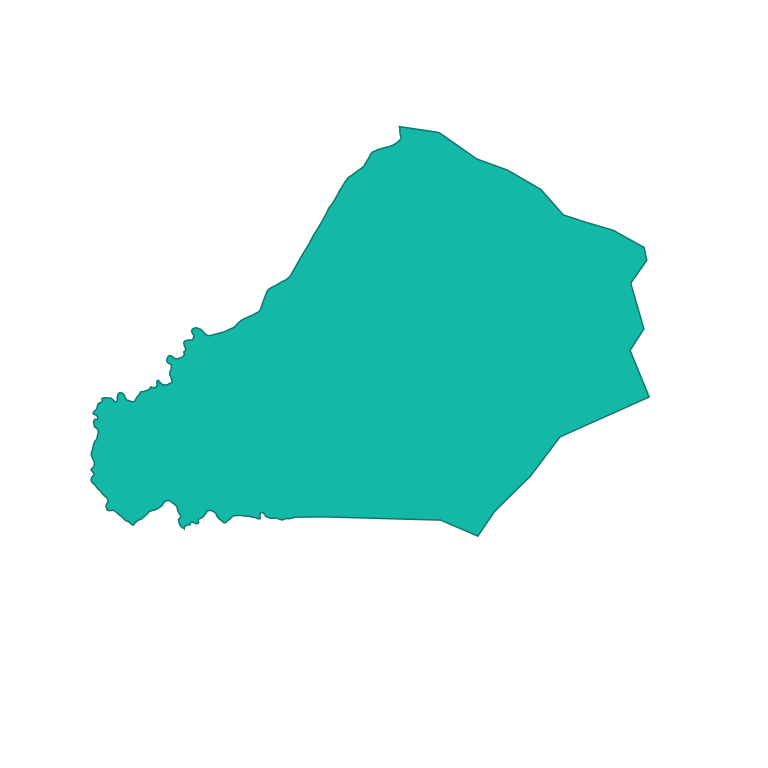 outline of Municipality F, Montevideo, Uruguay, rotated 212°
{"feature_id": "84410073B77217372217582", "entity_name": "Municipality F", "entity_type": "district", "adm_level": 2, "iso_a3": "URY", "parent_name": "Uruguay", "parent_adm1": "Montevideo", "projection": "orthographic", "projection_center": [-56.051, -34.817], "detail": "fine", "context": "isolated", "style": "filled", "palette": "teal", "viewbox_px": 768, "rotation_deg": 212, "n_neighbors": 0, "source": "geoboundaries", "source_scale": "gbopen_adm2", "svg_char_len": 6171}
<svg xmlns="http://www.w3.org/2000/svg" viewBox="0 0 768 768"><g transform="rotate(212 384 384)"><path d="M507.3,610.5L506.0,609.3L504.6,606.8L502.7,604.4L500.3,602.3L499.9,601.7L499.8,601.1L499.8,599.6L501.1,595.1L502.6,592.0L502.9,591.4L506.1,587.3L508.1,585.5L511.7,581.3L512.7,580.5L513.3,579.5L514.0,578.7L514.9,576.8L515.3,576.5L516.1,575.6L516.4,575.1L517.0,573.0L517.1,571.6L516.8,569.2L516.7,563.3L516.5,559.0L516.5,557.9L517.3,555.5L517.9,554.1L518.5,552.4L519.4,550.6L520.8,546.8L521.1,546.5L521.8,544.2L523.8,540.1L523.8,536.1L524.2,535.8L524.3,535.4L524.0,534.7L524.1,533.8L524.1,528.6L524.0,526.4L524.2,525.0L524.0,523.8L524.1,522.9L523.8,521.5L523.5,514.8L523.6,513.6L523.4,510.1L524.0,504.1L523.8,501.5L523.4,500.1L522.7,488.1L522.5,479.6L522.7,474.6L522.6,470.6L522.1,468.1L522.5,466.7L522.0,465.7L521.8,462.5L521.8,452.3L520.7,425.1L522.3,420.7L522.9,419.3L524.7,416.8L528.0,410.2L530.3,406.7L532.1,402.9L532.1,400.1L530.2,389.8L528.3,382.0L528.2,381.1L528.3,379.7L528.7,378.6L531.3,374.1L532.6,372.0L534.0,370.1L534.5,369.0L537.0,365.4L539.1,361.7L539.2,360.8L539.8,359.2L540.9,353.5L541.6,352.0L545.4,346.4L547.4,343.3L550.4,339.9L551.0,339.5L551.2,338.9L552.4,338.1L555.6,334.4L557.7,332.5L559.2,331.8L560.2,331.7L561.9,331.7L566.5,332.9L569.2,333.1L571.1,332.8L572.2,332.5L573.9,331.6L575.1,329.9L575.5,329.1L575.6,328.4L575.5,327.7L574.6,326.2L571.1,324.3L570.0,322.6L570.1,322.3L569.8,321.9L569.9,321.5L569.8,320.9L570.0,320.6L570.1,319.7L570.4,319.2L570.9,318.7L572.2,318.3L573.0,317.7L574.7,316.2L575.7,314.8L575.9,314.0L575.7,312.7L573.9,311.2L573.7,310.6L573.0,310.3L570.8,308.8L570.3,307.8L570.3,305.9L570.3,305.7L570.8,305.4L570.7,304.6L568.9,303.6L568.8,302.6L569.0,301.4L569.7,299.3L571.4,297.4L571.9,296.4L573.3,295.4L574.7,294.9L576.1,294.7L577.6,295.1L578.6,295.0L579.0,295.2L580.7,294.5L581.4,293.6L581.6,292.6L581.5,291.4L580.9,289.0L580.2,288.1L578.9,287.6L574.6,287.5L573.8,286.7L572.0,283.1L572.1,281.7L571.7,280.1L571.0,278.8L570.3,278.1L568.0,276.7L566.5,275.1L565.5,274.4L565.0,273.9L564.8,273.3L565.0,272.4L566.4,270.1L566.6,270.2L566.9,269.4L567.7,268.1L568.3,267.9L568.7,267.3L569.2,267.2L570.3,266.4L572.8,266.2L574.5,266.7L575.2,266.6L576.5,267.3L577.3,267.4L578.0,267.1L578.1,266.6L577.8,265.9L577.8,265.7L577.5,265.4L577.4,264.8L577.1,264.3L576.7,264.4L576.5,264.0L575.8,262.6L575.7,261.4L576.1,259.5L576.6,259.0L577.8,258.8L578.9,258.2L579.1,258.0L579.9,258.1L580.3,257.9L580.3,256.7L580.1,255.2L580.5,254.3L582.4,252.2L583.5,250.4L585.7,248.9L586.1,248.4L586.2,247.6L586.0,245.9L586.6,241.3L586.3,237.6L586.9,236.3L588.1,235.5L588.9,235.2L591.8,234.6L592.8,234.2L594.2,234.2L594.7,234.4L595.5,235.1L596.9,235.7L597.6,236.2L598.4,237.0L599.0,237.2L600.6,237.5L602.3,237.4L602.7,237.2L603.6,236.6L603.8,236.2L604.2,234.9L604.2,234.4L602.7,230.3L601.7,229.4L601.3,227.8L601.5,226.7L601.8,226.5L602.8,226.4L604.7,226.6L605.9,227.2L606.5,227.2L607.5,227.4L608.0,227.3L612.3,225.1L614.5,223.7L615.3,222.6L615.4,222.1L615.3,221.7L614.0,220.4L613.8,220.0L613.7,219.5L614.2,218.5L615.3,217.4L615.8,216.2L615.8,214.7L614.7,211.7L614.6,211.0L614.6,209.6L615.4,206.7L615.3,205.2L615.1,204.8L614.6,204.6L614.1,204.5L612.0,205.0L610.4,204.8L609.4,204.3L608.6,203.3L608.3,202.4L608.5,202.0L609.0,201.6L609.9,201.4L610.3,201.1L610.4,200.6L610.5,199.3L610.0,197.5L608.3,195.9L607.1,194.5L606.7,194.3L603.3,193.9L602.0,193.3L601.4,192.9L601.0,192.3L600.7,191.8L599.4,187.5L598.8,186.7L598.6,186.1L598.5,184.6L598.6,183.1L599.0,181.6L598.4,180.3L598.2,178.5L597.5,176.9L596.6,174.5L595.8,170.9L595.5,170.1L595.0,169.5L594.7,168.7L590.9,166.0L589.3,165.1L588.4,164.3L587.1,162.5L586.7,161.6L586.4,158.8L587.0,157.4L587.1,156.6L586.8,156.0L586.2,155.4L585.5,155.5L582.9,154.6L581.8,153.2L582.3,150.3L582.2,148.8L581.4,147.2L580.6,146.6L579.8,146.1L577.5,145.4L576.4,145.4L575.6,145.2L573.9,144.4L570.5,143.2L568.3,143.1L565.9,142.3L565.0,141.7L563.9,141.4L562.9,141.5L561.8,140.8L560.2,141.0L557.8,140.1L556.1,138.7L555.7,138.0L555.5,134.7L555.3,133.7L554.8,132.8L552.0,130.5L551.3,130.4L549.8,131.0L547.1,133.1L545.6,133.7L542.2,133.3L539.5,132.7L537.0,132.6L531.1,131.4L529.4,131.3L528.5,132.1L526.6,131.8L525.2,131.3L524.1,131.2L523.0,131.1L522.0,131.5L521.3,132.7L521.7,134.3L521.7,135.2L521.0,136.0L520.3,137.9L519.8,138.8L519.1,140.0L518.4,140.7L517.8,141.7L517.7,142.8L517.4,144.0L516.8,144.6L516.4,147.2L515.6,149.0L515.8,150.7L515.5,151.9L515.3,152.2L514.4,152.6L513.3,154.1L511.7,155.5L510.4,157.6L509.2,159.9L508.0,162.8L507.8,164.3L508.0,166.0L507.7,167.6L506.2,170.4L504.8,171.2L503.3,171.5L499.6,171.0L497.8,171.0L496.0,170.6L494.0,169.8L493.3,168.8L490.1,166.2L488.8,165.4L487.1,164.7L486.0,163.6L485.9,162.1L486.4,161.5L486.5,160.2L483.9,157.3L482.8,156.5L481.6,155.9L479.9,155.4L478.8,155.3L477.8,155.5L476.7,155.4L477.4,156.6L477.5,157.3L477.2,158.3L476.0,160.4L474.2,161.5L474.1,162.1L474.6,163.4L474.6,164.1L473.8,164.9L472.5,165.7L470.4,165.7L469.4,165.9L468.5,166.4L467.9,167.1L467.8,167.8L467.8,168.6L468.5,169.1L469.5,170.3L469.7,170.9L469.4,171.7L468.2,173.0L467.7,173.9L467.7,174.5L467.0,175.5L466.7,176.4L466.8,178.4L466.5,181.2L466.7,181.9L466.7,182.8L465.1,184.0L464.6,184.6L463.8,185.1L463.1,185.3L462.5,185.2L459.6,185.4L458.4,185.2L457.4,184.8L456.7,183.9L455.8,183.4L452.5,182.3L449.6,182.1L447.9,181.6L446.5,181.5L446.0,181.5L445.0,182.3L444.6,182.9L444.5,184.4L444.3,185.2L443.7,186.1L442.9,188.4L442.9,189.4L442.7,190.5L441.9,192.1L441.2,192.9L439.6,194.2L437.9,195.4L434.7,197.2L432.8,197.8L431.5,198.4L430.5,199.2L429.2,199.9L426.3,201.1L424.6,201.5L423.1,202.2L421.4,202.7L420.1,202.8L418.8,203.2L417.9,203.8L417.8,204.6L418.3,205.5L419.2,206.2L419.8,206.9L420.1,207.8L420.5,209.1L420.5,209.7L419.9,210.2L418.6,210.6L417.5,210.5L416.3,210.2L414.2,209.2L412.7,209.2L410.9,209.5L409.3,209.9L407.7,210.8L404.2,213.4L403.4,213.6L402.4,213.5L398.5,214.6L395.8,217.9L394.7,218.7L393.6,219.0L388.4,224.2L365.0,239.2L263.8,298.6L223.8,304.7L222.7,334.6L211.0,383.4L206.7,432.5L152.2,513.5L193.1,542.9L192.8,568.4L228.2,600.3L226.7,628.1L235.7,637.6L271.2,635.8L300.0,627.7L321.6,622.4L354.1,632.1L392.2,630.9L424.6,624.0L470.7,626.4L507.3,610.5Z" fill="#14b8a6" stroke="#0f766e" stroke-width="1.5"/></g></svg>